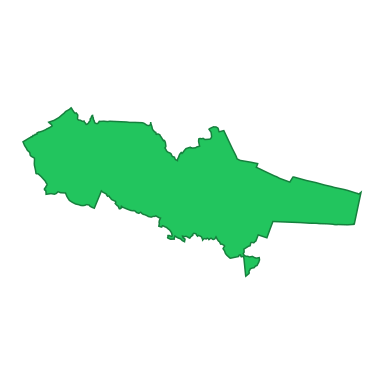 outline of Tamboesti, Vrancea, Romania
{"feature_id": "2599482B45059786841433", "entity_name": "Tamboesti", "entity_type": "district", "adm_level": 2, "iso_a3": "ROU", "parent_name": "Romania", "parent_adm1": "Vrancea", "projection": "orthographic", "projection_center": [27.032, 45.517], "detail": "fine", "context": "isolated", "style": "filled", "palette": "green", "viewbox_px": 384, "rotation_deg": 0, "n_neighbors": 0, "source": "geoboundaries", "source_scale": "gbopen_adm2", "svg_char_len": 5946}
<svg xmlns="http://www.w3.org/2000/svg" viewBox="0 0 384 384"><path d="M361.0,192.3L358.8,194.1L357.1,193.3L356.4,193.2L347.6,190.4L344.1,189.5L334.1,187.4L331.5,186.6L324.4,185.0L315.9,182.6L306.4,180.5L293.8,177.0L293.0,177.0L289.8,182.1L279.5,178.3L276.6,176.7L274.6,176.0L267.4,172.6L256.3,167.3L257.6,164.0L257.7,163.6L255.1,163.1L250.8,162.2L240.1,160.4L237.3,159.0L237.0,158.7L236.3,156.6L234.8,153.5L232.4,148.8L223.8,130.6L219.1,131.8L218.9,131.5L218.5,129.7L218.0,128.2L217.5,127.8L215.9,126.9L215.1,127.0L213.6,126.8L210.1,128.4L209.0,129.2L210.4,131.3L210.8,131.7L211.2,133.0L211.6,136.6L211.3,137.6L210.4,138.9L209.6,139.2L205.1,139.5L204.5,139.4L203.5,138.5L203.1,138.4L201.1,138.8L200.4,138.5L199.8,138.5L198.8,138.9L198.6,140.8L198.6,141.5L199.6,146.2L196.9,146.9L195.5,147.8L192.1,148.1L191.6,147.7L190.4,147.8L190.1,147.5L190.1,147.3L189.7,147.4L186.0,148.6L184.5,150.3L182.9,152.5L182.0,153.4L181.2,152.5L179.7,154.3L178.9,156.2L179.0,156.3L177.4,159.6L177.4,160.6L176.1,160.0L175.5,159.5L175.0,158.9L174.7,158.1L174.5,157.2L172.4,156.5L172.0,155.9L171.0,153.7L170.2,153.1L167.6,152.0L166.5,150.8L165.8,149.3L164.9,147.9L165.7,146.9L165.9,146.2L165.4,142.7L164.8,141.0L164.0,140.3L163.6,140.8L163.1,140.3L161.2,137.1L160.4,136.1L159.8,134.8L158.2,134.0L157.4,134.0L156.7,134.4L156.2,134.3L156.1,134.1L156.0,133.0L155.7,132.3L154.5,131.9L153.9,131.0L152.8,129.8L152.3,128.6L151.9,126.6L150.9,123.7L150.7,122.1L150.5,124.3L149.7,125.3L148.7,125.6L146.8,125.2L144.6,123.6L143.3,123.0L141.9,122.7L134.6,122.4L129.5,122.4L126.6,122.0L111.2,121.3L110.0,121.2L107.6,121.6L103.8,121.2L100.5,121.4L99.3,121.3L98.1,123.1L97.5,123.6L96.1,123.5L95.0,123.0L94.5,122.1L94.1,120.6L93.4,119.5L93.3,117.9L92.8,116.9L92.6,116.0L92.6,115.4L92.3,115.4L92.0,115.7L91.3,117.0L91.1,118.0L90.3,118.8L90.1,119.1L90.3,119.8L90.3,120.2L90.1,120.9L89.2,121.7L88.5,123.0L88.0,123.5L86.9,124.4L86.1,124.4L85.7,123.4L84.7,122.4L84.2,121.8L84.1,121.1L82.2,121.3L80.5,120.3L79.8,120.1L79.1,120.2L78.7,120.1L78.0,119.6L77.5,118.9L77.8,115.1L77.6,114.7L76.2,112.9L75.2,113.2L74.9,113.1L73.9,112.0L72.3,109.7L71.7,108.5L71.1,107.8L69.4,109.4L65.6,111.5L63.9,113.4L62.3,114.6L59.0,117.5L54.0,120.4L48.7,122.2L49.3,122.9L50.1,123.2L50.4,123.9L51.1,124.1L51.8,125.2L52.1,125.9L51.6,126.5L50.4,127.0L49.9,127.5L49.2,127.7L47.8,128.5L47.1,128.7L45.8,129.6L42.5,131.1L39.6,132.0L38.8,132.0L38.1,132.5L37.2,132.7L37.1,132.9L37.2,133.2L37.1,133.6L36.9,134.1L36.3,134.0L35.7,134.5L35.1,134.4L34.8,134.9L34.5,135.1L33.7,135.4L32.9,135.5L32.6,136.5L32.2,136.7L31.7,136.6L31.4,136.9L31.1,136.8L30.7,137.3L29.1,138.1L23.0,141.8L24.6,145.6L26.3,148.2L27.3,150.2L28.0,150.9L29.4,152.1L29.8,152.7L30.2,155.1L30.4,155.5L31.4,156.4L34.1,157.9L34.4,158.1L34.5,159.6L34.3,163.4L34.4,165.2L35.5,170.2L36.0,173.4L36.3,173.7L38.0,173.8L39.1,174.7L41.2,176.6L44.9,180.7L45.3,181.2L46.2,183.0L46.6,183.5L46.9,183.9L47.0,184.3L47.0,184.8L46.9,185.2L45.9,186.5L45.7,187.6L44.7,188.2L44.5,188.6L44.4,189.1L44.5,189.8L45.1,190.3L45.6,190.3L45.7,190.6L46.0,192.0L46.1,194.3L51.0,193.6L54.5,194.2L56.2,193.5L58.1,191.7L60.4,192.7L65.5,193.0L66.9,196.4L67.9,198.1L69.4,200.4L72.3,202.3L75.6,204.0L78.8,204.7L81.0,205.5L83.2,205.6L85.0,205.3L86.1,204.7L86.7,204.6L89.1,205.0L90.1,206.3L92.2,207.4L94.3,208.2L101.4,190.9L103.0,192.3L104.2,192.8L106.7,194.3L106.6,195.0L107.6,196.3L108.5,196.0L109.1,196.1L109.7,197.3L110.5,198.0L111.2,199.1L111.9,199.7L115.4,201.3L115.7,201.7L115.8,202.2L115.2,203.5L117.2,205.6L118.4,206.4L118.6,207.3L119.1,208.4L119.3,208.8L120.0,208.8L121.0,208.3L121.4,206.2L121.8,206.4L121.7,206.8L121.9,207.3L123.2,207.4L126.9,209.0L130.9,210.5L133.3,210.8L133.9,210.5L134.8,210.9L136.0,211.9L136.5,212.5L138.8,213.3L140.7,212.2L142.4,213.9L143.8,214.5L144.9,214.7L146.6,215.5L147.6,216.0L148.2,216.5L151.3,217.1L153.1,216.4L154.8,216.4L155.8,215.8L158.8,217.6L160.5,218.1L159.5,220.2L159.2,221.2L159.1,222.9L159.4,223.3L158.8,226.2L161.5,227.1L161.8,227.0L162.4,225.7L163.1,225.8L164.5,226.6L166.5,227.4L168.3,229.0L169.2,229.6L170.0,230.4L171.5,232.8L172.1,235.1L172.1,235.9L171.8,236.3L171.4,236.4L169.3,235.5L168.0,235.5L167.9,235.8L168.1,236.0L168.1,236.4L167.6,237.6L167.7,237.9L168.4,238.3L170.4,239.2L174.2,239.1L174.1,238.6L175.0,236.1L177.9,237.9L180.6,238.9L182.3,240.6L184.5,241.7L184.6,241.0L185.0,239.5L184.9,238.9L183.4,238.1L182.6,236.7L182.5,236.1L183.0,236.2L184.2,236.7L185.6,236.3L186.5,236.4L189.5,238.1L189.8,238.1L190.1,237.8L190.5,237.0L192.8,235.2L192.7,234.9L192.5,234.6L193.8,233.3L195.8,233.7L196.4,234.4L196.4,234.7L196.7,235.3L197.6,236.2L198.3,235.4L200.3,236.1L201.4,236.8L202.7,239.7L202.7,240.0L204.1,238.6L204.8,238.6L206.1,239.0L206.2,238.7L207.4,238.2L208.6,239.0L208.9,239.6L209.3,239.4L210.4,238.4L211.2,238.2L212.5,239.2L213.2,239.5L213.7,239.4L214.9,238.8L216.0,236.9L217.2,239.2L218.5,241.1L219.5,241.7L220.3,243.4L220.6,244.1L222.1,244.2L224.0,245.3L224.6,246.1L223.1,248.4L223.1,248.8L224.5,250.8L224.8,251.6L225.3,253.1L225.6,253.7L226.9,255.3L230.0,258.1L230.5,258.2L238.6,256.5L238.8,255.5L239.8,254.9L240.2,254.8L240.6,255.0L241.0,256.6L241.3,256.8L241.6,256.8L242.6,256.5L243.5,256.6L243.6,256.8L243.9,258.3L245.6,275.2L245.8,276.2L249.0,273.5L249.2,272.8L249.0,271.3L249.3,270.7L249.9,269.9L250.1,269.1L250.3,268.8L252.6,267.9L253.9,267.8L254.3,267.5L255.5,266.0L256.7,265.7L257.1,265.4L257.4,264.9L257.8,263.9L258.6,262.6L259.5,260.0L259.5,259.7L259.2,257.6L256.8,258.1L256.1,258.1L254.3,257.5L252.4,256.4L249.4,257.0L247.8,256.3L246.3,256.3L245.1,255.9L243.8,254.9L243.2,253.5L244.1,252.2L244.0,249.9L243.8,249.2L248.9,246.0L249.8,246.0L250.3,245.2L250.6,243.3L251.2,242.5L251.9,242.4L253.7,242.8L254.1,242.6L254.8,241.7L255.7,241.2L255.9,240.9L258.2,234.9L266.9,237.8L269.9,229.5L272.9,221.5L300.8,222.6L309.7,223.2L316.8,223.3L319.2,223.6L327.0,223.8L332.8,224.2L334.5,224.6L337.1,224.7L337.7,224.5L347.5,224.8L353.6,224.4L353.7,223.9L354.3,224.0L361.0,192.3Z" fill="#22c55e" stroke="#15803d" stroke-width="1.5"/></svg>